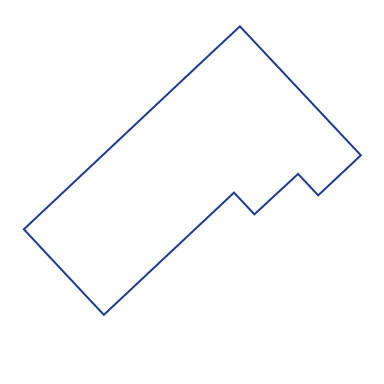 the district of Defiance, Ohio, United States of America, rotated 317°
{"feature_id": "52423323B79040942886335", "entity_name": "Defiance", "entity_type": "district", "adm_level": 2, "iso_a3": "USA", "parent_name": "United States of America", "parent_adm1": "Ohio", "projection": "equal_earth", "projection_center": [-84.614, 41.297], "detail": "fine", "context": "isolated", "style": "outline", "palette": "blue", "viewbox_px": 384, "rotation_deg": 317, "n_neighbors": 0, "source": "geoboundaries", "source_scale": "gbopen_adm2", "svg_char_len": 338}
<svg xmlns="http://www.w3.org/2000/svg" viewBox="0 0 384 384"><g transform="rotate(317 192 192)"><path d="M43.6,104.6L43.6,114.4L43.6,116.6L43.6,143.8L43.7,209.1L43.7,209.3L43.8,221.7L222.3,221.1L222.4,250.9L281.9,251.1L282.0,280.5L340.5,280.3L340.0,103.5L281.7,103.6L43.6,104.6Z" fill="none" stroke="#1e3a8a" stroke-width="2"/></g></svg>